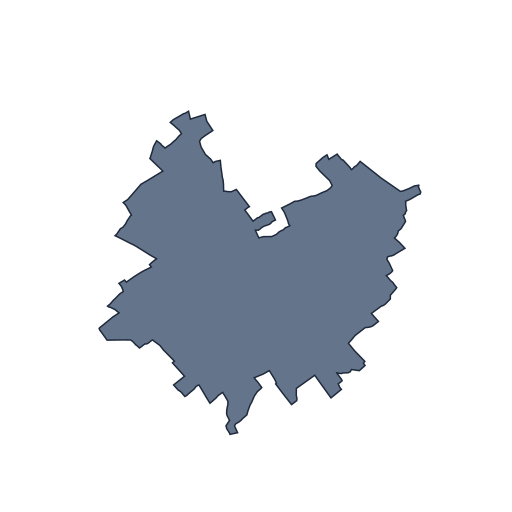 Maní, Yucatán, Mexico (orthographic projection), rotated 44°
{"feature_id": "50627088B1882367012373", "entity_name": "Maní", "entity_type": "district", "adm_level": 2, "iso_a3": "MEX", "parent_name": "Mexico", "parent_adm1": "Yucatán", "projection": "orthographic", "projection_center": [-89.371, 20.39], "detail": "fine", "context": "isolated", "style": "filled", "palette": "slate", "viewbox_px": 512, "rotation_deg": 44, "n_neighbors": 0, "source": "geoboundaries", "source_scale": "gbopen_adm2", "svg_char_len": 5899}
<svg xmlns="http://www.w3.org/2000/svg" viewBox="0 0 512 512"><g transform="rotate(44 256 256)"><path d="M140.5,339.3L144.4,338.0L146.3,337.4L148.3,336.8L150.2,336.2L152.2,335.6L154.2,335.0L156.2,334.4L158.1,333.8L159.1,333.4L161.0,332.8L162.1,332.6L163.5,332.2L165.5,331.8L166.4,331.6L168.3,331.2L168.7,331.1L173.9,330.0L174.7,329.8L177.8,329.2L179.6,328.8L181.9,328.2L184.2,327.6L186.4,327.1L186.0,329.5L185.5,333.1L185.4,336.2L188.4,336.6L186.6,341.7L185.9,343.5L184.7,347.3L182.7,355.3L180.9,364.9L178.1,364.6L176.4,370.9L179.3,371.2L180.6,371.5L183.4,372.7L185.2,373.8L184.6,376.4L184.3,378.0L184.3,380.3L184.3,382.3L184.3,384.9L184.1,386.6L184.2,387.2L184.3,389.6L184.4,392.1L184.0,395.2L185.1,395.1L187.4,393.9L190.6,392.9L191.6,392.5L194.5,392.3L197.0,392.0L196.6,393.7L196.4,394.7L196.2,395.7L195.4,399.1L194.9,403.6L194.6,406.1L194.2,409.1L194.2,409.5L193.9,412.0L193.4,415.8L193.4,417.0L194.8,417.7L195.0,417.8L199.9,418.6L202.0,419.0L203.8,419.3L204.6,419.4L204.7,419.5L206.1,419.8L207.3,420.0L218.9,408.5L224.2,403.5L225.5,403.3L226.3,403.2L227.1,403.1L228.2,403.2L230.1,403.3L230.8,403.5L232.4,403.2L236.1,403.1L236.6,400.5L236.8,398.4L237.2,396.4L238.1,395.6L238.9,394.1L239.2,392.1L239.4,390.2L239.8,388.3L249.3,387.1L254.3,387.9L270.4,388.3L270.1,390.9L286.1,392.0L288.1,392.2L286.3,406.0L292.9,406.5L296.5,405.9L302.4,406.5L302.8,405.3L303.1,403.6L303.1,402.3L303.2,401.1L303.4,399.9L303.4,399.1L303.6,397.6L303.7,396.8L303.9,395.0L303.8,393.6L303.5,391.9L303.7,390.7L304.0,389.8L304.3,388.9L304.6,388.4L315.3,391.3L318.4,392.2L325.2,393.9L325.9,386.1L325.8,384.5L325.8,383.5L325.7,381.9L326.2,380.7L326.2,379.9L326.4,378.6L326.8,377.3L327.2,377.5L328.8,377.8L329.6,378.0L331.2,378.4L332.0,378.6L332.8,378.9L333.6,379.1L334.4,379.3L335.3,379.6L337.1,380.2L337.5,380.7L338.0,381.5L338.9,382.3L340.0,384.2L340.9,385.6L341.6,386.6L342.4,387.6L343.8,389.2L344.2,389.7L345.2,390.3L345.8,390.7L346.9,391.2L347.7,391.4L348.6,391.7L349.8,392.2L350.7,392.5L351.3,392.7L351.3,393.9L351.7,395.4L351.8,396.1L352.0,397.0L352.4,399.1L353.4,399.6L354.8,400.5L356.4,400.9L358.1,401.3L360.4,401.9L361.2,402.4L361.6,401.8L362.1,401.0L363.0,399.7L364.3,397.7L364.8,397.0L365.5,395.9L364.2,395.4L361.7,394.4L359.1,393.4L358.5,393.1L358.3,392.2L358.2,391.6L358.0,390.9L358.1,390.4L358.4,389.4L358.9,387.6L359.2,386.5L359.2,386.0L359.4,384.3L359.3,382.3L359.8,376.7L357.7,372.8L355.3,367.4L354.4,364.0L352.1,357.9L351.2,352.8L351.6,348.4L351.5,346.6L343.8,345.3L342.8,345.4L339.3,344.8L343.1,336.1L345.2,329.2L355.1,331.7L359.1,333.3L359.0,334.4L370.5,336.2L384.8,338.2L385.8,331.8L384.4,330.0L381.8,328.3L377.4,323.6L377.0,323.2L377.4,321.0L381.1,301.0L408.5,306.0L410.1,292.6L407.8,292.4L403.9,290.8L404.4,288.5L404.6,285.9L403.1,285.3L396.2,284.2L395.3,283.9L396.0,283.3L397.2,282.7L398.5,281.8L399.3,281.0L399.6,280.0L400.6,278.9L403.5,275.9L404.2,273.7L403.5,271.4L410.0,266.7L410.5,259.0L407.7,258.5L407.5,256.2L392.6,255.7L383.2,254.6L383.0,252.3L382.9,249.2L382.5,244.4L384.3,231.7L386.3,229.3L387.8,227.1L388.6,224.9L389.1,221.2L389.5,218.0L386.7,217.8L378.9,217.2L381.0,204.7L381.6,203.9L381.9,203.2L382.4,201.0L382.5,193.6L379.9,190.9L379.5,182.9L379.2,181.0L375.4,180.5L373.0,180.0L371.1,180.1L369.7,180.2L367.3,179.9L363.3,179.5L364.4,176.3L364.7,173.0L364.5,171.6L356.9,168.6L352.5,167.5L351.2,165.2L352.8,162.4L353.5,161.7L354.1,160.3L354.6,159.3L354.8,157.9L357.8,147.0L349.6,146.6L343.1,146.9L343.1,145.8L343.1,144.1L342.3,141.3L341.0,139.2L341.4,135.6L339.6,127.3L338.6,126.7L337.4,126.1L333.8,124.5L334.0,121.9L333.2,120.9L332.8,118.7L328.1,115.2L327.1,113.9L326.1,113.2L325.6,112.7L327.3,108.8L328.1,106.1L328.7,103.8L329.2,102.2L329.5,101.0L330.0,99.3L330.7,98.1L331.0,97.5L330.6,96.5L330.3,95.9L329.5,95.2L328.5,95.0L327.7,94.7L326.8,94.3L326.4,94.0L326.0,93.9L325.5,93.8L325.1,93.7L324.8,93.4L324.4,92.8L324.4,92.7L324.3,92.2L323.9,92.0L321.3,95.5L319.2,101.2L316.5,107.1L315.0,109.2L291.8,113.0L277.3,114.4L273.3,114.8L265.2,115.6L265.5,120.0L265.5,121.5L265.0,122.6L264.8,124.3L265.0,126.0L264.6,127.6L262.4,127.1L259.9,126.9L251.9,126.5L250.7,127.2L245.2,126.6L244.4,126.5L243.6,126.3L241.2,135.9L236.8,133.9L235.7,138.7L235.0,147.7L236.8,149.8L243.2,150.6L256.6,150.6L261.8,152.4L262.3,155.1L261.6,159.8L259.7,164.0L257.2,170.6L256.2,172.2L255.0,173.8L254.5,174.2L253.5,175.8L252.3,178.7L249.8,184.1L247.7,187.7L245.8,189.8L244.4,194.4L241.1,203.7L245.9,204.8L252.8,207.8L255.5,209.2L256.8,210.1L259.3,210.7L258.4,213.4L257.5,215.2L257.4,218.4L256.7,219.9L255.8,222.8L255.7,226.3L253.8,231.1L247.9,236.9L245.4,241.0L237.6,237.9L239.8,235.8L240.2,233.9L240.3,231.7L241.0,229.1L242.7,225.8L243.7,223.8L243.9,222.1L243.8,220.0L245.0,216.6L240.1,214.8L236.3,213.4L235.0,215.2L234.4,217.3L233.2,218.6L233.0,219.8L232.1,221.0L231.5,225.6L231.2,226.5L230.5,227.5L230.2,230.0L229.6,233.0L222.6,231.8L216.0,230.7L216.5,226.6L217.0,225.1L195.6,221.8L193.7,226.7L192.4,228.1L191.2,229.1L188.5,231.0L187.8,231.8L185.4,229.6L182.7,226.9L179.4,224.1L177.6,223.1L175.8,221.7L171.5,218.3L169.5,216.8L163.9,212.0L161.0,216.4L160.4,218.7L156.1,217.8L148.9,218.1L147.0,217.5L140.7,215.7L135.7,212.7L135.0,209.6L135.7,205.2L137.8,195.7L127.1,193.3L121.0,189.6L113.7,203.1L106.9,198.7L105.9,202.6L105.0,204.0L103.3,210.3L101.8,215.3L101.5,219.5L105.9,219.1L110.5,219.0L113.4,218.8L117.4,219.8L117.2,223.7L117.5,227.4L117.5,228.9L117.2,230.7L117.1,233.1L117.0,234.8L116.2,238.2L115.9,239.7L115.8,240.5L115.8,241.0L115.5,241.5L115.2,241.7L114.8,241.5L113.8,241.6L112.6,241.7L112.0,241.8L110.8,241.8L109.8,241.5L104.5,242.1L105.0,244.1L106.0,247.7L106.9,249.7L108.7,252.8L111.8,259.1L111.9,259.6L130.0,259.6L127.2,270.4L125.3,277.7L123.4,284.4L123.8,290.9L124.5,304.5L123.3,309.8L126.0,309.8L127.8,310.1L130.1,310.8L134.0,312.0L138.0,313.1L137.8,314.5L138.9,320.5L139.2,321.2L139.9,323.8L140.3,327.7L139.5,330.7L140.6,336.8L140.5,339.3Z" fill="#64748b" stroke="#1e293b" stroke-width="1.5"/></g></svg>